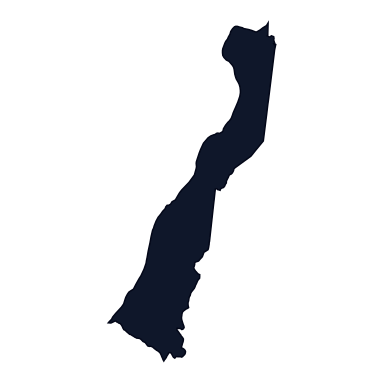 Presidente Epitácio, São Paulo, Brazil (Equal Earth projection)
{"feature_id": "56859067B48653003049602", "entity_name": "Presidente Epitácio", "entity_type": "district", "adm_level": 2, "iso_a3": "BRA", "parent_name": "Brazil", "parent_adm1": "São Paulo", "projection": "equal_earth", "projection_center": [-52.191, -21.884], "detail": "fine", "context": "isolated", "style": "filled", "palette": "ink", "viewbox_px": 384, "rotation_deg": 0, "n_neighbors": 0, "source": "geoboundaries", "source_scale": "gbopen_adm2", "svg_char_len": 4041}
<svg xmlns="http://www.w3.org/2000/svg" viewBox="0 0 384 384"><path d="M275.7,44.7L274.3,44.8L273.7,43.7L274.9,43.6L274.3,42.1L273.7,39.9L274.0,38.4L273.7,36.7L272.7,36.3L271.3,35.8L270.3,36.8L269.3,37.0L268.4,36.4L267.2,35.9L267.8,34.8L267.8,33.4L268.1,23.0L266.5,25.6L262.9,27.8L260.2,29.9L257.1,31.7L256.0,32.1L251.6,30.4L250.2,30.0L249.0,29.6L243.9,28.6L242.3,27.7L239.3,27.0L237.6,26.4L235.9,26.3L234.5,26.8L232.6,28.7L230.8,31.4L230.0,34.2L228.4,37.0L227.5,39.1L225.8,41.3L224.9,43.1L222.8,48.7L222.5,50.6L222.5,52.9L222.8,55.4L224.0,57.5L226.3,60.0L227.3,60.5L229.0,61.3L232.5,65.4L233.7,67.5L234.2,69.6L234.8,74.1L235.7,77.3L236.3,79.0L238.0,81.9L239.2,84.3L240.0,87.1L240.4,90.4L240.4,92.9L239.8,96.4L238.6,99.9L237.9,102.0L235.6,107.4L234.3,110.3L233.2,112.9L232.3,115.6L231.2,118.4L229.4,120.9L227.9,122.3L225.6,125.2L223.5,128.7L223.1,130.7L222.5,131.7L219.7,133.4L217.7,133.1L216.4,133.4L215.3,134.4L213.5,134.9L211.7,135.6L210.7,136.0L208.1,137.8L203.5,143.2L200.6,149.5L199.2,153.1L196.4,161.7L196.2,163.3L196.5,166.8L196.2,168.5L194.4,175.0L189.0,182.4L181.9,189.8L180.3,191.8L179.3,193.2L175.4,199.9L173.1,201.2L172.1,201.7L170.5,204.3L168.5,205.3L167.1,205.3L165.7,207.0L165.3,208.5L162.7,211.3L160.7,214.2L158.2,217.2L156.1,221.1L154.2,225.9L153.6,228.1L152.6,230.2L151.1,236.7L150.4,240.7L150.0,242.9L148.2,251.2L147.1,257.6L146.5,260.4L146.1,263.2L144.0,269.3L140.9,275.9L139.2,278.5L135.9,284.4L133.5,289.1L130.8,290.8L128.9,292.1L127.4,294.3L125.8,297.3L125.1,299.4L123.7,303.9L121.5,307.1L115.7,313.4L113.8,315.7L112.7,317.1L111.6,319.3L109.3,321.6L108.3,322.8L110.9,323.0L112.7,322.2L114.3,321.4L115.8,320.9L116.6,321.9L117.5,322.1L118.6,323.0L120.3,323.6L121.3,324.8L122.3,326.5L123.0,328.2L123.9,329.7L125.2,330.3L126.7,331.8L127.9,332.8L128.7,333.5L129.6,334.3L130.9,334.6L132.3,335.6L133.6,336.3L134.7,337.1L135.8,337.6L136.7,338.1L137.9,338.2L139.7,338.5L140.8,339.2L142.1,340.5L142.9,341.4L144.1,342.0L145.2,342.5L146.4,344.1L147.7,345.9L149.3,346.4L150.4,346.2L151.4,346.5L152.5,346.9L153.8,348.0L154.6,348.8L155.6,349.3L156.4,350.2L157.6,350.7L158.5,351.5L159.5,352.2L160.2,353.1L161.1,354.8L161.8,356.7L162.6,358.4L163.0,359.6L163.8,361.0L164.5,359.8L165.3,358.9L166.3,357.4L166.9,356.0L167.9,354.5L168.9,352.7L170.7,352.6L171.8,354.2L172.6,355.8L173.5,357.3L174.8,358.1L175.5,357.3L176.2,356.5L177.7,356.7L179.5,356.7L180.5,356.7L181.5,357.1L182.5,356.7L183.6,355.5L184.7,354.5L185.3,353.1L185.5,351.5L185.0,350.3L184.0,349.2L182.6,348.3L181.4,347.8L181.7,346.2L182.1,344.9L182.5,343.3L183.0,342.0L183.3,340.6L183.4,339.0L182.4,337.3L181.3,336.2L180.7,334.9L179.9,334.0L179.3,333.1L178.6,332.1L177.8,331.0L176.9,330.1L177.2,328.2L178.8,328.5L180.4,328.4L181.6,329.5L182.8,329.3L184.1,327.7L183.9,326.2L183.4,325.0L182.8,323.3L182.4,322.0L182.0,320.7L181.6,319.2L181.5,317.5L181.8,315.4L182.0,313.7L182.6,311.9L183.6,310.9L184.4,310.3L185.7,309.3L186.6,308.7L187.5,308.4L188.6,307.6L188.1,305.4L188.0,303.7L188.1,302.3L188.6,300.8L188.8,299.2L189.2,297.2L190.2,295.4L190.7,293.2L191.6,291.7L192.6,290.5L193.6,289.2L194.3,288.3L195.0,286.8L195.5,285.3L196.3,283.8L197.0,282.2L197.6,280.8L198.5,279.4L199.5,278.5L199.7,277.0L199.7,274.6L198.5,274.2L197.4,273.2L196.4,272.0L195.6,271.2L194.9,270.2L194.1,268.9L193.7,267.6L194.3,266.0L194.7,264.3L194.7,262.8L195.5,262.0L196.9,261.6L198.6,261.0L199.8,259.5L201.0,258.2L201.9,257.3L202.5,256.3L203.1,254.6L203.7,252.9L204.3,251.9L205.3,251.5L206.6,250.6L208.0,249.7L208.5,248.0L208.8,246.2L209.1,244.4L209.2,242.6L209.5,241.4L213.6,204.1L214.3,198.2L215.1,190.8L215.4,188.9L216.8,188.7L217.8,189.7L219.1,189.9L220.1,190.3L220.5,189.0L221.6,188.2L222.6,187.8L223.5,187.5L224.6,186.2L225.4,184.3L226.3,183.0L226.4,181.2L226.9,180.0L227.5,178.8L228.2,177.5L228.7,176.3L229.2,175.1L230.1,174.5L231.1,174.1L232.0,173.3L232.9,171.9L233.5,170.6L233.9,168.8L235.1,167.7L251.0,156.1L255.8,150.1L263.3,141.0L264.2,133.8L266.3,117.1L266.6,114.8L267.2,109.7L267.8,104.6L268.5,99.6L274.0,55.0L274.6,49.9L275.7,44.7Z" fill="#0f172a" stroke="#020617" stroke-width="1.5"/></svg>